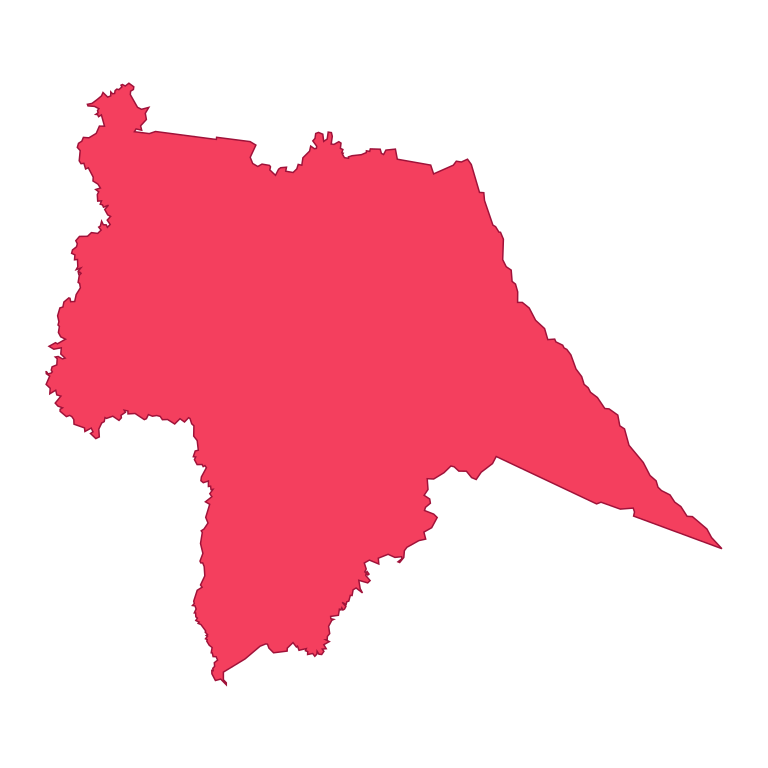 Ozuluama de Mascareñas, Veracruz, Mexico
{"feature_id": "50627088B92506226945560", "entity_name": "Ozuluama de Mascareñas", "entity_type": "district", "adm_level": 2, "iso_a3": "MEX", "parent_name": "Mexico", "parent_adm1": "Veracruz", "projection": "robinson", "projection_center": [-97.902, 21.699], "detail": "fine", "context": "isolated", "style": "filled", "palette": "rose", "viewbox_px": 768, "rotation_deg": 0, "n_neighbors": 0, "source": "geoboundaries", "source_scale": "gbopen_adm2", "svg_char_len": 5995}
<svg xmlns="http://www.w3.org/2000/svg" viewBox="0 0 768 768"><path d="M245.1,658.9L260.1,646.2L265.8,643.9L267.5,644.2L268.9,648.1L273.6,652.8L287.1,651.1L287.3,648.1L293.0,642.6L296.4,647.0L297.5,646.2L299.0,650.3L306.3,648.6L305.4,650.7L307.7,651.6L307.6,654.5L312.7,653.5L314.8,656.3L316.9,654.1L317.1,651.3L318.9,654.2L321.7,654.5L323.9,651.4L322.3,649.1L326.2,648.7L323.8,644.7L329.3,641.6L325.6,639.7L327.2,639.5L327.4,636.4L329.7,633.6L328.6,626.3L331.8,620.3L333.7,619.4L330.8,618.7L330.6,616.4L338.4,615.3L339.4,609.2L340.9,610.0L341.8,607.8L342.9,610.0L344.5,609.1L345.9,606.5L342.2,602.3L346.1,604.6L346.8,601.8L348.8,601.1L350.3,595.4L352.1,595.5L353.1,589.8L356.1,588.0L362.5,592.9L360.2,588.7L358.8,580.3L367.7,582.9L370.1,580.6L365.7,575.4L366.1,573.4L367.8,575.0L369.0,574.1L367.1,571.5L366.0,572.7L364.8,571.9L366.2,569.0L364.3,563.0L369.4,560.1L378.8,564.0L378.3,558.2L388.1,554.3L394.9,557.4L401.6,556.7L401.9,558.7L398.0,561.8L399.7,562.5L403.8,557.5L404.4,550.7L406.9,547.3L418.9,540.6L425.7,539.1L423.9,532.1L431.7,527.7L437.2,517.5L433.7,514.1L424.5,510.5L425.5,507.3L430.4,503.2L429.7,499.0L424.1,495.3L428.0,489.5L427.2,478.7L433.7,479.0L444.0,472.7L450.9,466.0L454.2,466.8L458.8,471.1L466.4,471.2L471.6,477.6L476.2,479.5L481.2,472.2L492.5,463.6L496.2,456.5L596.6,503.9L601.0,502.2L620.3,509.1L633.2,508.1L634.5,512.0L633.6,516.1L721.9,548.7L711.5,537.5L706.9,529.0L692.4,516.6L687.1,516.3L680.9,506.6L674.7,502.1L670.0,494.9L661.5,490.6L658.0,487.2L656.1,480.8L650.0,475.5L643.3,462.5L629.0,445.3L624.5,428.9L619.8,425.8L617.8,415.1L609.1,408.9L604.8,408.5L597.4,397.5L590.5,392.3L588.2,387.8L584.1,384.4L581.7,376.6L576.0,369.0L570.9,354.9L566.8,349.4L564.1,348.0L562.7,345.2L555.9,341.9L554.7,339.1L547.8,339.6L544.6,328.6L535.6,320.3L529.2,308.0L522.3,302.4L517.6,302.4L517.7,291.9L515.5,284.1L512.1,281.4L511.2,270.1L506.2,266.7L502.7,259.7L503.4,239.2L500.5,232.3L498.9,232.1L495.6,226.7L492.9,225.1L484.5,200.5L483.8,192.7L479.5,192.4L471.3,164.5L467.5,159.2L461.4,162.0L456.3,161.2L453.3,165.2L433.6,173.9L430.7,165.1L397.3,159.2L395.4,149.1L385.9,150.1L383.6,154.5L381.4,153.4L380.2,149.2L370.3,148.9L369.7,151.4L366.4,150.8L366.3,152.6L361.3,154.7L352.1,155.7L348.4,156.9L348.5,158.3L344.5,157.7L342.5,154.4L343.2,153.2L341.8,152.8L342.9,149.5L340.4,148.4L341.0,143.1L338.8,141.7L334.0,144.4L331.2,144.0L332.3,136.3L331.4,132.6L328.2,132.1L327.2,139.0L323.7,141.4L322.8,134.2L318.5,132.4L315.7,133.5L315.0,138.4L312.8,140.9L316.7,146.2L316.4,148.4L314.4,148.7L310.7,146.1L309.6,151.1L302.9,157.8L301.8,165.2L298.2,164.4L296.8,168.9L293.1,172.5L285.7,171.2L286.5,167.2L280.7,167.7L278.6,169.2L275.5,175.3L269.8,169.9L270.5,166.8L269.5,165.4L262.0,164.1L257.8,166.5L252.7,163.5L250.2,157.3L255.9,145.1L250.1,141.6L216.6,137.3L216.4,139.4L213.4,139.1L155.5,131.5L149.3,133.6L134.4,131.7L136.1,128.9L141.7,130.2L140.6,125.8L146.4,119.5L145.3,113.3L148.8,107.4L141.5,109.3L137.5,107.3L130.3,94.6L130.6,91.2L133.4,89.5L133.8,86.8L128.9,83.2L125.3,86.0L122.4,84.5L121.0,85.2L121.9,86.9L118.9,89.6L116.8,89.1L115.1,90.6L114.6,93.5L112.5,93.7L110.8,91.9L110.7,95.9L107.7,97.1L103.0,92.5L101.5,95.9L97.2,99.5L92.0,103.4L87.4,104.3L88.0,105.9L94.5,106.4L98.9,108.7L97.5,110.5L98.1,112.7L95.8,114.4L97.6,114.6L98.6,116.7L101.4,114.9L104.5,126.2L99.4,126.1L96.2,133.4L88.9,137.8L83.4,137.4L81.8,141.2L78.5,143.3L77.3,147.4L80.2,150.6L79.2,160.8L81.0,163.7L83.9,163.3L85.6,169.0L88.3,167.8L93.2,177.1L93.0,181.0L97.9,184.1L100.4,188.0L95.7,189.5L98.7,191.8L97.3,194.6L97.7,201.1L101.5,200.9L100.2,204.2L102.5,204.9L103.5,207.2L108.5,205.2L104.7,209.5L107.7,214.9L110.6,216.4L107.2,220.1L110.2,224.5L107.4,227.3L106.3,224.9L103.3,224.7L101.6,221.2L100.4,226.0L98.7,227.1L101.1,230.1L97.7,233.4L91.4,232.6L87.5,236.3L79.5,236.4L75.8,240.7L77.3,243.8L76.5,246.8L72.5,249.9L71.6,253.3L74.9,254.9L74.5,259.8L77.5,259.5L77.8,266.8L76.2,269.6L80.8,268.0L78.1,271.3L78.6,273.7L79.8,272.1L81.1,273.3L79.3,275.3L78.1,282.4L79.6,283.4L80.4,287.8L76.2,294.5L74.7,301.5L70.7,301.7L70.0,298.3L68.8,297.9L63.9,302.0L62.9,307.0L59.9,307.9L57.6,315.8L58.9,321.7L58.0,325.0L59.4,326.4L58.4,332.5L60.7,336.8L65.5,339.2L57.4,343.8L55.5,342.7L49.0,346.3L53.8,349.2L61.3,347.8L60.8,354.0L65.1,358.1L62.5,358.9L58.2,356.5L55.3,357.0L57.2,358.7L56.8,364.9L52.1,366.8L51.2,370.1L52.3,371.8L51.1,373.1L47.6,374.0L47.4,373.0L46.9,372.2L46.4,371.7L46.1,371.7L46.3,373.7L49.7,376.1L46.1,384.4L50.2,388.3L49.8,393.8L55.7,390.2L56.8,394.9L60.9,396.1L55.2,403.1L57.9,406.1L62.5,407.8L60.1,409.3L60.1,411.3L66.4,416.6L69.7,415.4L71.8,416.6L73.8,419.5L74.0,424.2L84.5,427.9L84.9,431.5L91.2,428.1L93.0,431.8L90.5,433.5L95.8,438.6L99.3,436.9L98.8,429.1L101.7,423.0L104.2,421.6L105.0,417.6L106.5,418.4L112.8,416.2L119.0,420.4L121.4,417.8L121.0,415.3L125.4,412.3L124.2,410.2L127.9,411.0L128.0,413.9L135.1,413.5L144.3,419.6L146.4,418.7L148.4,414.6L152.4,416.2L156.7,415.5L160.2,416.4L162.4,419.7L167.6,419.5L174.7,424.0L180.0,418.7L184.5,422.0L188.6,417.7L190.0,418.5L191.7,423.8L193.9,425.8L193.7,436.1L197.2,440.6L198.3,450.2L195.2,451.0L193.3,456.7L195.7,457.0L194.4,459.6L197.1,464.6L202.1,464.5L203.2,466.6L204.9,465.6L206.4,467.7L201.4,476.9L200.9,480.7L203.3,482.7L208.4,481.0L208.4,486.5L210.6,486.2L211.0,489.6L213.0,489.3L209.8,493.7L211.9,496.7L205.4,501.8L209.7,504.3L205.7,517.4L208.0,523.0L204.0,529.0L201.2,530.8L202.3,532.5L200.5,543.5L202.9,553.4L200.0,561.1L200.8,562.9L202.7,562.9L204.2,566.6L204.8,575.9L200.5,585.0L202.1,587.2L197.2,590.3L193.7,601.2L194.3,603.5L192.5,605.5L195.0,605.9L196.1,609.0L194.3,612.9L195.6,613.0L195.8,616.8L197.4,618.1L195.8,620.5L199.1,622.1L198.1,623.4L200.9,624.5L205.7,631.0L205.2,632.1L207.5,634.6L206.2,635.5L207.5,636.2L205.5,638.8L207.2,639.6L206.8,641.2L209.2,645.2L212.1,647.5L211.2,652.8L212.3,653.0L213.1,656.6L216.1,656.7L217.6,660.1L214.3,662.7L214.6,666.4L212.8,668.3L213.1,670.6L211.8,670.4L211.9,673.8L215.4,680.5L220.7,679.1L226.3,684.8L226.3,682.8L223.4,679.7L223.4,672.1L245.1,658.9Z" fill="#f43f5e" stroke="#9f1239" stroke-width="1.5"/></svg>